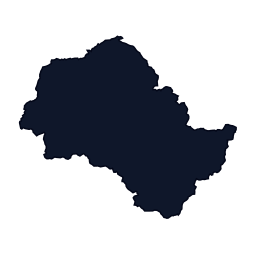 Pedras Altas, Rio Grande do Sul, Brazil (Albers equal-area conic projection), rotated 267°
{"feature_id": "56859067B17003984772313", "entity_name": "Pedras Altas", "entity_type": "district", "adm_level": 2, "iso_a3": "BRA", "parent_name": "Brazil", "parent_adm1": "Rio Grande do Sul", "projection": "albers", "projection_center": [-53.699, -31.846], "detail": "fine", "context": "isolated", "style": "filled", "palette": "ink", "viewbox_px": 256, "rotation_deg": 267, "n_neighbors": 0, "source": "geoboundaries", "source_scale": "gbopen_adm2", "svg_char_len": 5166}
<svg xmlns="http://www.w3.org/2000/svg" viewBox="0 0 256 256"><g transform="rotate(267 128 128)"><path d="M38.4,173.6L40.0,175.1L41.5,175.7L42.9,176.1L44.1,177.4L45.2,177.6L46.7,177.7L48.6,178.0L49.9,178.6L51.2,179.4L52.0,180.8L53.0,182.6L54.4,184.1L55.9,184.4L56.8,186.3L57.6,187.5L58.5,188.9L58.5,191.0L60.7,191.3L62.4,191.2L63.4,191.6L64.6,192.4L65.6,192.9L66.4,191.8L68.1,190.8L69.8,191.8L71.3,192.2L72.7,193.2L73.7,193.7L73.1,194.7L72.4,196.2L72.4,197.8L72.9,199.6L72.6,201.9L73.0,203.6L73.2,205.6L74.5,205.6L75.6,205.9L77.1,206.8L77.8,207.7L76.6,208.9L76.9,210.1L78.8,210.5L79.5,211.8L79.6,213.1L78.9,214.5L79.6,216.3L80.5,217.0L81.3,217.9L82.4,218.6L84.2,218.5L86.1,218.7L86.7,220.2L87.7,221.1L88.8,221.9L89.5,222.8L90.9,223.4L92.6,222.9L93.8,222.7L95.0,222.8L96.4,223.7L98.3,223.6L99.6,223.7L100.8,224.1L102.3,224.4L103.2,226.0L104.5,227.0L106.1,226.3L107.6,226.2L109.2,226.8L110.6,226.5L110.8,228.3L110.9,230.5L111.4,232.0L112.8,232.4L114.5,232.6L116.2,233.1L117.9,233.7L118.4,235.0L119.7,234.9L120.4,235.8L121.5,235.9L122.9,236.0L123.9,234.3L124.7,232.7L125.0,231.1L125.5,229.5L126.1,228.5L126.2,227.2L126.1,225.7L124.8,225.0L123.2,223.9L121.5,222.8L120.8,221.1L121.5,219.1L121.6,217.4L120.4,215.8L121.2,214.3L121.2,212.7L121.1,210.5L120.9,208.9L121.0,207.3L121.7,205.6L122.3,204.1L123.5,203.3L123.5,202.1L123.7,200.5L123.2,198.8L123.2,197.2L122.5,195.7L122.3,194.2L123.2,192.9L124.3,191.7L125.1,190.8L126.1,190.3L126.0,189.0L126.5,187.9L127.2,186.7L128.2,185.7L129.8,186.5L131.3,187.4L132.8,188.4L134.2,189.1L136.3,189.3L137.9,188.8L138.5,187.5L139.8,187.1L141.0,187.6L142.1,188.0L143.5,188.4L144.5,188.1L146.0,187.4L147.2,186.5L148.8,185.8L150.3,185.4L150.2,183.9L150.1,182.5L148.5,180.9L149.1,179.5L150.5,178.6L151.8,176.9L152.7,177.7L153.6,179.0L155.2,179.0L156.3,179.0L157.3,179.8L158.1,178.1L159.3,176.5L160.1,174.2L161.4,173.5L162.5,174.4L163.8,174.0L164.7,173.2L165.9,172.6L166.4,171.0L166.9,169.7L167.2,168.1L166.4,166.3L165.3,165.2L164.6,163.6L163.6,162.8L164.8,161.8L164.6,160.3L163.7,158.8L165.0,157.2L165.0,155.0L166.2,154.8L167.5,155.7L168.5,156.5L168.8,158.1L168.7,159.7L171.0,159.6L172.5,159.5L173.7,159.6L174.8,160.2L176.4,160.7L177.6,160.8L178.7,160.7L179.9,158.8L181.3,157.5L182.8,157.3L184.6,156.7L185.5,155.4L187.3,154.4L187.9,152.3L189.0,150.9L190.6,151.0L192.5,150.3L194.0,150.3L196.8,146.6L201.0,144.1L202.4,143.6L203.5,142.0L204.8,140.6L206.2,139.7L207.5,138.9L208.6,138.1L209.5,137.0L210.0,134.7L210.7,133.0L211.5,131.7L212.3,130.4L213.0,128.7L213.5,126.8L214.5,125.5L215.6,123.8L216.9,123.2L217.2,124.7L217.4,126.0L218.0,127.3L219.1,126.4L219.6,125.2L219.3,123.7L220.1,122.2L218.6,120.2L218.1,118.4L217.7,116.0L216.8,115.2L216.7,109.9L215.7,108.7L214.6,107.0L214.1,105.7L212.6,104.1L213.6,102.6L211.4,101.1L210.6,99.2L209.3,97.8L209.2,96.6L208.0,95.8L206.4,95.2L207.6,93.5L207.7,91.3L205.7,92.4L204.2,92.5L204.0,90.8L203.0,89.7L201.6,88.9L200.5,88.7L200.2,87.0L199.7,85.9L199.9,84.1L199.0,82.1L200.3,81.4L200.4,78.5L200.1,76.5L199.7,75.1L200.5,74.0L199.9,71.2L199.4,69.6L200.3,68.4L199.5,66.9L200.1,65.3L199.3,63.7L200.3,62.3L201.0,60.2L200.2,59.0L199.8,57.7L199.9,55.3L198.1,54.6L196.4,54.8L195.5,53.1L194.8,52.0L194.2,50.4L193.7,48.7L193.3,46.1L192.1,45.6L190.7,44.9L189.4,44.0L187.8,43.5L186.2,42.8L185.0,42.7L183.7,42.6L182.5,43.0L181.2,41.8L179.6,40.8L178.2,40.4L176.4,39.8L174.6,39.1L172.7,38.1L171.7,37.9L170.4,38.6L169.6,39.9L168.3,39.8L167.0,39.7L165.5,39.3L164.3,39.7L163.4,39.0L161.6,38.0L161.1,36.7L160.3,35.8L160.0,34.3L159.5,33.2L160.0,31.9L159.0,30.0L158.0,28.0L155.5,25.8L154.3,25.8L152.3,25.1L151.5,26.7L150.1,26.1L149.0,25.3L147.6,25.8L145.9,23.4L144.5,24.0L142.8,21.7L140.7,21.8L140.2,20.4L138.9,20.0L135.7,20.5L133.3,20.9L132.6,21.9L133.9,23.1L132.8,25.5L132.2,27.9L131.9,29.2L132.3,31.3L130.5,33.1L129.0,33.0L125.0,36.4L126.0,38.0L127.5,42.8L128.1,43.9L126.5,45.1L124.8,44.0L122.7,43.4L121.2,43.1L118.5,44.1L116.3,44.4L114.5,45.4L113.0,45.4L111.8,45.3L110.2,44.5L108.7,44.0L107.9,45.0L106.7,44.8L105.9,42.7L104.1,43.2L103.0,43.6L101.7,45.1L101.5,46.5L101.8,48.1L101.2,50.2L102.9,53.2L102.4,55.3L101.9,59.0L102.6,61.0L102.2,62.8L100.7,64.3L100.0,66.5L101.3,69.1L102.4,69.3L103.4,69.9L104.4,70.8L105.0,72.1L104.9,73.3L105.0,75.3L103.7,76.5L102.6,78.5L104.1,80.9L104.7,82.2L103.8,83.6L102.7,84.1L102.0,86.1L100.2,86.7L99.0,87.8L96.1,87.9L94.7,88.3L93.5,90.3L91.8,92.0L91.7,96.0L90.7,98.5L91.4,103.6L90.1,105.7L88.3,107.5L88.1,108.7L88.5,110.4L87.1,110.8L84.6,111.6L84.5,113.2L85.2,114.0L83.9,115.3L82.6,115.4L81.5,116.8L80.5,118.3L79.6,120.0L78.2,120.4L76.1,119.4L74.9,119.3L74.8,120.7L73.2,121.9L72.0,123.0L69.7,123.2L67.6,124.4L66.4,125.6L65.6,126.8L63.1,129.6L64.3,132.5L63.7,133.7L62.3,133.7L61.6,134.7L60.5,134.6L60.1,133.1L59.5,130.8L58.0,129.6L56.3,130.3L54.6,131.3L53.0,131.0L50.8,130.2L50.4,132.3L49.2,133.4L49.8,134.9L49.2,136.1L48.0,136.8L47.1,137.7L46.5,138.7L45.4,139.5L44.3,140.3L44.2,142.1L44.1,144.6L44.0,148.4L44.6,150.2L44.4,152.1L44.0,153.2L43.2,154.4L42.1,156.0L40.6,156.4L39.4,157.6L38.3,158.4L36.9,159.2L36.5,160.7L35.9,162.1L36.1,163.7L36.8,164.6L37.5,165.9L38.4,167.1L38.0,168.5L38.5,169.6L38.6,171.3L39.5,172.9L38.4,173.6Z" fill="#0f172a" stroke="#020617" stroke-width="1.5"/></g></svg>